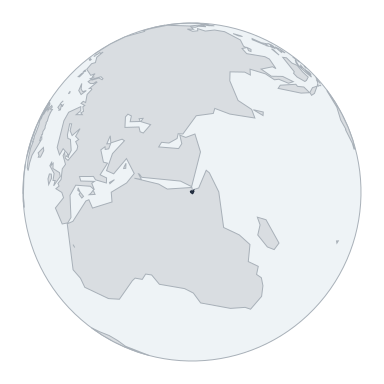 globe centered on Dikhil, rotated 308°
{"feature_id": "DJI-1569", "entity_name": "Dikhil", "entity_type": "Region", "adm_level": 1, "iso_a3": "DJI", "parent_name": "Djibouti", "parent_adm1": "", "projection": "orthographic", "projection_center": [42.104, 11.405], "detail": "fine", "context": "on_globe", "style": "filled", "palette": "slate", "viewbox_px": 384, "rotation_deg": 308, "n_neighbors": 0, "source": "natural_earth", "source_scale": "10m", "svg_char_len": 8609}
<svg xmlns="http://www.w3.org/2000/svg" viewBox="0 0 384 384"><g transform="rotate(308 192 192)"><circle cx="192" cy="192" r="169" fill="#eef3f6" stroke="#a8b0b8"/><path d="M108.8,44.9L111.9,43.3L101.1,49.7L91.9,56.5L89.3,58.4L86.4,60.2L87.2,59.4L97.8,51.8L108.8,44.9ZM78.2,67.1L77.0,68.2L77.0,68.3L78.2,67.1ZM23.1,196.3L24.9,204.9L27.9,215.1L29.2,225.2L29.5,234.6L36.4,257.6L36.9,259.0L32.2,247.0L28.5,234.6L25.7,222.0L23.9,209.2L23.1,196.3ZM159.0,26.3L157.4,26.6L157.2,26.7L159.0,26.3ZM148.1,29.1L149.6,28.6L152.2,27.9L148.1,29.1ZM163.2,25.5L163.4,25.5L161.0,25.9L161.6,25.8L163.2,25.5ZM167.3,24.9L160.5,26.1L157.1,27.0L154.7,27.5L160.5,26.0L167.3,24.9ZM167.9,24.8L168.9,24.6L167.4,24.9L165.1,25.2L167.9,24.8ZM166.8,25.1L168.4,24.8L166.8,25.1L166.8,25.1ZM175.5,23.9L175.9,23.8L177.2,23.7L175.5,23.9ZM171.4,24.5L169.2,24.8L168.9,24.7L171.4,24.5ZM173.6,24.1L175.2,24.0L170.1,24.6L173.6,24.1L173.6,24.1ZM176.6,23.8L177.5,23.7L176.2,23.8L176.6,23.8ZM173.7,24.7L167.3,25.4L166.7,25.2L173.0,24.5L173.7,24.7ZM273.3,43.9L277.6,47.0L289.4,55.8L289.9,55.0L294.1,57.8L308.1,69.8L321.5,88.1L327.2,94.1L330.1,98.2L330.8,101.2L326.6,95.0L323.8,93.2L321.4,89.6L321.1,93.0L317.5,88.0L319.0,93.6L322.6,97.3L324.2,95.8L327.0,103.4L333.5,110.0L338.4,119.0L341.6,136.5L338.6,142.9L339.2,146.0L335.9,143.1L334.7,149.9L343.5,166.1L344.4,171.2L340.9,182.2L340.3,178.4L331.4,170.8L332.1,183.3L338.9,192.3L341.3,203.9L337.1,201.1L334.3,191.0L331.2,187.9L330.3,177.1L324.5,162.1L320.1,166.0L318.9,159.7L310.1,148.0L302.9,153.3L292.5,171.9L293.8,188.2L289.0,196.0L276.7,173.8L271.9,158.5L267.0,160.4L254.7,148.4L232.1,149.1L229.4,145.2L225.0,147.3L216.4,143.7L212.4,137.4L207.0,138.0L218.0,154.7L223.8,154.2L229.3,147.4L231.2,153.5L239.5,158.6L228.8,174.0L196.0,188.4L193.5,176.2L172.6,143.3L173.7,139.7L173.6,139.3L173.4,138.6L170.7,144.4L167.4,138.1L177.7,160.8L179.1,170.7L195.5,189.1L193.8,191.0L199.3,194.8L217.9,189.8L217.8,193.9L208.6,213.0L183.5,238.8L187.3,255.7L186.3,270.0L171.8,279.2L174.2,290.0L166.8,293.6L167.1,299.5L161.8,305.6L152.6,311.1L135.7,310.3L133.8,304.9L124.0,294.0L109.9,267.1L113.2,255.3L111.3,245.6L99.2,223.1L101.8,211.3L98.8,206.0L92.5,206.6L89.1,200.2L85.4,199.6L62.8,200.8L56.6,191.8L50.9,166.2L55.4,157.2L57.5,146.2L90.1,113.3L95.6,116.2L119.6,113.9L122.4,115.5L118.1,123.5L134.9,135.1L142.1,128.5L158.9,134.9L171.0,135.1L178.0,119.8L158.1,119.1L156.2,111.5L173.3,105.7L190.8,107.2L190.6,104.4L180.7,97.8L186.0,93.0L177.5,95.2L180.0,98.1L174.7,99.8L172.1,97.4L174.1,95.6L169.1,94.2L161.0,103.8L162.7,107.7L149.0,109.0L150.5,116.0L146.4,119.0L142.2,108.5L143.6,104.8L134.9,93.8L132.2,97.6L140.3,108.6L137.2,107.6L133.6,113.7L133.9,108.3L125.8,96.2L114.3,97.9L97.4,112.3L91.2,113.1L86.9,109.4L95.3,94.2L108.4,94.3L111.5,89.7L110.8,82.7L114.8,83.6L116.2,81.1L121.3,81.1L130.4,75.5L135.9,75.3L141.3,68.0L144.8,67.2L140.6,71.5L140.6,74.8L154.5,75.3L157.7,73.8L160.1,69.3L163.6,70.4L164.2,66.0L173.0,64.8L162.7,62.8L165.2,58.3L171.6,55.2L170.5,53.6L160.2,58.7L157.8,61.2L158.6,63.8L150.4,71.2L145.2,72.3L146.8,63.8L139.7,64.7L144.1,58.3L169.3,47.2L178.9,45.7L190.8,51.8L187.5,54.3L181.6,53.1L185.4,58.0L185.9,55.7L188.8,56.8L192.0,53.5L194.2,54.2L193.5,50.0L196.5,50.5L197.0,53.1L204.3,49.3L211.2,49.9L211.7,48.8L210.4,47.4L220.0,49.5L220.0,48.6L216.9,47.6L214.9,45.2L215.0,42.2L218.3,43.1L218.7,44.3L224.5,48.5L225.1,52.0L226.5,52.1L226.8,49.3L219.7,44.1L218.8,42.1L222.7,44.2L221.2,43.2L221.9,42.5L225.6,42.8L221.6,40.4L223.9,33.5L231.3,33.9L234.5,36.2L239.6,34.0L247.6,35.8L244.7,34.6L245.2,33.5L242.7,32.9L241.3,32.3L241.4,30.6L244.0,31.3L242.8,30.9L258.4,36.6L273.3,43.9ZM77.3,130.6L76.1,133.8L77.3,130.6ZM208.5,117.3L219.6,117.9L216.0,108.4L219.9,108.1L217.2,105.2L215.7,107.8L209.3,100.0L214.6,97.4L213.9,93.6L210.2,93.3L201.6,99.4L210.6,110.2L207.5,114.0L208.5,117.3ZM80.7,65.7L76.5,69.5L79.1,66.9L77.5,68.1L81.0,64.6L88.1,59.3L84.3,62.1L80.7,65.7ZM118.4,68.5L119.5,70.1L116.5,72.8L109.6,74.5L113.7,70.4L118.4,68.5ZM121.7,71.9L125.2,63.8L129.7,62.9L126.6,64.6L129.2,64.9L124.9,67.9L125.7,75.6L123.2,78.6L111.7,79.2L116.8,77.1L115.5,75.4L121.7,71.9ZM126.5,49.0L128.1,46.7L135.6,47.5L133.3,49.7L126.2,51.1L124.8,49.4L126.5,49.0ZM135.9,32.6L136.8,32.3L134.4,33.2L134.5,33.1L135.9,32.6ZM129.0,35.2L128.9,35.2L132.8,33.8L135.0,33.0L142.9,30.4L145.0,29.7L154.9,27.2L155.6,27.0L154.8,27.2L152.0,27.9L153.0,27.7L148.3,28.8L148.6,28.9L135.3,33.3L134.7,33.3L127.6,36.5L123.4,38.0L128.1,35.8L119.5,39.6L122.2,38.2L116.5,40.9L124.5,37.1L129.0,35.2ZM172.9,29.6L170.0,29.2L171.2,31.2L166.5,31.5L167.0,31.7L163.0,32.6L158.9,34.3L156.9,34.3L156.2,35.0L153.5,35.8L151.8,36.9L147.8,37.3L145.4,38.7L144.8,38.2L141.8,40.6L142.2,39.0L138.8,40.3L140.2,41.1L122.5,43.3L114.8,46.2L108.0,49.7L109.7,47.2L117.1,42.6L126.9,38.0L134.1,35.8L133.5,35.4L136.8,34.3L135.9,35.1L139.3,33.3L141.8,32.8L150.5,30.1L153.9,28.4L157.2,27.6L157.1,28.0L160.4,27.0L162.4,27.3L164.8,26.9L169.1,27.0L167.5,28.4L170.3,27.8L173.8,28.2L172.9,29.6ZM174.8,24.8L173.9,25.9L171.0,26.7L164.6,26.2L162.2,26.6L158.0,26.9L162.4,25.8L163.2,25.8L165.0,25.5L162.9,25.9L165.9,25.4L167.1,25.5L169.8,25.2L168.8,25.6L174.8,24.8ZM126.5,112.6L128.8,113.1L132.6,113.0L130.4,117.1L126.5,112.6ZM120.7,104.4L123.0,104.0L121.8,109.2L119.4,108.9L120.7,104.4ZM125.2,99.6L123.2,103.6L122.9,101.2L125.2,99.6ZM142.8,71.1L145.3,70.7L145.1,71.8L143.3,73.3L142.8,71.1ZM175.7,37.7L174.5,36.8L175.5,36.5L176.1,34.2L179.6,34.1L180.6,35.4L175.7,37.7ZM174.0,122.3L169.9,125.2L168.4,123.7L170.1,123.0L174.0,122.3ZM148.7,121.1L154.0,123.3L148.0,122.2L148.7,121.1ZM179.7,37.2L179.5,36.2L181.4,36.8L179.7,37.2ZM182.2,34.0L184.6,34.4L180.1,33.8L182.2,34.0ZM242.4,336.0L243.6,337.4L240.9,337.7L242.4,336.0ZM215.7,267.4L205.3,292.0L197.2,292.2L195.1,285.2L198.6,270.3L208.0,265.9L212.4,259.0L215.7,267.4ZM354.3,227.0L355.2,227.1L355.0,227.9L354.3,227.0ZM353.4,224.9L354.7,224.5L352.9,226.7L353.4,224.9ZM355.2,224.3L356.5,222.2L357.1,220.6L356.8,222.3L355.2,224.3ZM352.4,225.4L345.1,227.8L341.8,226.7L343.0,223.6L348.4,222.7L352.4,225.4ZM342.7,223.6L337.1,217.1L326.7,196.1L330.5,195.8L340.8,207.5L340.2,210.1L343.6,215.5L342.7,223.6ZM354.7,205.3L354.1,212.8L350.4,213.5L348.6,212.9L347.3,203.9L348.1,198.9L349.7,198.6L354.0,180.6L355.9,183.8L355.1,191.2L356.5,197.0L354.7,205.3ZM294.6,189.7L298.9,198.9L296.0,200.9L294.6,189.7ZM354.2,168.7L353.5,176.4L353.7,166.5L354.2,168.7ZM353.4,159.7L354.2,163.1L352.9,160.1L353.4,159.7ZM340.7,150.7L339.0,152.0L338.2,149.6L339.8,146.6L340.7,150.7ZM342.1,126.8L344.9,133.7L345.6,136.1L343.5,132.2L342.1,126.8ZM209.7,38.3L204.9,41.2L203.8,44.0L206.8,46.3L200.5,44.6L202.2,40.3L209.7,38.3ZM221.8,33.8L219.0,32.3L221.5,32.5L222.5,32.9L221.8,33.8ZM219.2,33.2L213.4,32.4L212.8,31.3L217.4,32.1L219.2,33.2ZM196.5,33.9L194.8,34.7L193.3,34.1L196.5,33.9ZM331.5,287.3L326.1,293.8L325.6,293.2L329.2,288.2L335.6,274.6L336.2,274.6L340.2,265.0L348.0,253.9L354.7,236.3L355.1,236.2L350.8,249.7L345.4,262.7L339.0,275.3L331.5,287.3ZM356.4,226.4L358.2,219.8L358.6,218.9L356.4,226.4ZM360.9,196.4L360.9,195.6L360.9,194.6L360.9,196.4ZM360.0,204.0L359.9,206.0L359.7,204.7L360.0,204.0ZM360.3,202.5L360.5,203.9L360.2,204.2L360.3,202.5ZM357.3,198.2L357.7,202.5L359.0,198.9L358.0,203.6L358.4,210.7L357.8,213.7L357.6,206.0L356.7,214.7L356.1,214.9L356.2,207.8L357.1,198.7L357.7,194.7L359.7,191.9L357.3,198.2ZM360.5,196.9L360.4,191.8L360.4,188.1L360.6,190.7L360.5,196.9ZM359.0,179.8L357.5,174.3L357.0,177.1L357.4,167.8L358.8,174.5L359.0,179.8ZM356.6,167.1L356.1,169.6L356.1,164.3L356.6,167.1ZM355.6,167.7L354.7,163.7L355.5,163.9L355.6,167.7ZM357.0,167.0L355.7,160.0L356.8,163.9L357.0,167.0ZM352.3,154.7L355.3,160.6L352.8,158.8L349.1,145.7L349.9,144.9L352.3,154.7ZM334.2,102.1L332.0,98.8L331.7,97.8L333.3,100.3L334.2,102.1ZM328.5,92.4L328.8,92.8L330.9,96.5L332.2,100.2L333.5,101.5L336.7,107.3L333.1,102.4L329.7,95.7L329.2,94.1L326.0,89.5L323.7,86.2L319.2,80.9L317.1,78.5L320.1,81.8L328.5,92.4ZM315.0,76.2L314.5,75.7L317.2,78.7L308.6,69.8L309.1,70.2L315.0,76.2ZM306.8,68.0L306.0,67.4L291.6,55.9L288.8,53.8L300.3,62.3L300.1,62.2L303.5,65.1L306.8,68.0ZM239.9,32.0L238.3,31.3L239.8,31.5L239.9,32.0ZM234.6,29.6L233.9,29.8L233.2,29.2L234.6,29.6ZM232.8,30.6L233.0,29.7L234.8,31.1L232.8,30.6Z" fill="#d9dde1" stroke="#a8b0b8" stroke-width="1"/><path d="M191.5,193.4L191.1,193.3L191.0,193.2L191.1,192.4L191.1,192.1L191.0,191.8L191.0,191.6L191.1,191.3L191.1,191.1L191.3,190.9L191.5,190.8L191.6,190.6L192.1,190.7L192.3,190.8L192.8,191.3L192.8,191.7L192.9,192.0L193.1,192.3L193.7,192.4L193.5,192.5L193.5,192.9L193.3,192.9L193.1,193.0L192.9,193.1L192.7,193.2L192.4,193.2L192.1,193.2L191.9,193.2L191.8,193.3L191.7,193.4L191.5,193.4Z" fill="#64748b" stroke="#1e293b" stroke-width="1.5"/></g></svg>